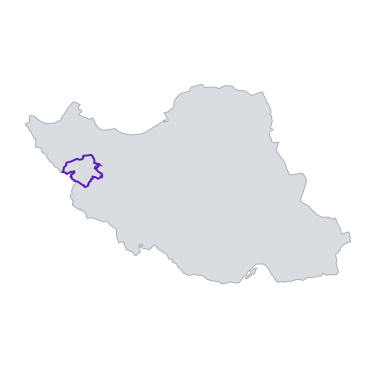 location of Kordestan within Iran, rotated 341°
{"feature_id": "IRN-3241", "entity_name": "Kordestan", "entity_type": "Province", "adm_level": 1, "iso_a3": "IRN", "parent_name": "Iran", "parent_adm1": "", "projection": "natural_earth1", "projection_center": [46.82, 35.623], "detail": "fine", "context": "in_parent", "style": "outline", "palette": "violet", "viewbox_px": 384, "rotation_deg": 341, "n_neighbors": 0, "source": "natural_earth", "source_scale": "10m", "svg_char_len": 5836}
<svg xmlns="http://www.w3.org/2000/svg" viewBox="0 0 384 384"><g transform="rotate(341 192 192)"><path d="M191.3,108.1L195.1,108.3L202.0,106.0L202.6,105.4L204.6,100.7L207.0,98.6L211.1,96.1L213.7,95.3L223.2,95.6L223.9,93.7L225.4,92.7L235.7,93.3L237.3,94.7L238.0,97.4L246.7,99.8L248.4,100.6L250.6,102.6L252.3,103.1L254.5,102.2L255.9,102.9L258.2,102.3L264.9,105.3L265.9,108.3L267.2,109.7L268.7,110.9L274.1,113.2L275.7,114.6L279.8,120.1L290.4,120.0L291.2,121.2L291.2,123.6L292.1,129.3L291.4,131.4L292.9,133.2L292.8,136.8L293.5,139.3L292.4,142.7L291.2,143.4L292.0,146.4L291.0,149.4L291.2,150.5L289.6,153.0L289.6,153.9L286.6,156.2L289.0,159.6L285.6,159.8L283.5,163.5L284.3,167.8L283.8,170.0L284.2,171.2L285.1,172.1L289.8,173.0L289.9,173.5L285.2,179.8L285.5,182.2L289.5,195.0L289.2,201.3L289.9,207.9L301.7,209.8L303.1,211.4L304.1,215.1L304.1,217.8L303.8,219.2L291.2,235.8L298.2,244.1L298.5,246.0L302.8,254.0L306.7,258.2L313.4,260.5L316.5,263.6L319.2,263.4L319.1,267.5L320.4,276.2L319.7,280.1L322.1,280.9L325.6,280.3L326.9,281.1L327.6,282.5L326.8,283.3L327.0,286.7L326.1,287.4L325.8,290.6L320.6,290.7L315.7,292.2L313.9,293.4L313.0,295.6L311.4,295.4L310.9,296.3L307.4,297.9L306.4,304.4L305.1,306.0L304.4,315.4L303.6,315.5L301.9,317.1L291.2,314.0L290.0,311.8L288.9,311.4L287.4,313.5L282.1,312.3L280.2,312.6L279.1,312.0L276.2,311.9L273.9,310.6L268.1,311.7L264.5,309.3L260.7,308.7L256.1,308.7L252.2,307.0L250.3,307.7L249.3,306.4L243.6,305.3L241.7,301.1L241.6,299.0L240.2,295.4L239.6,290.1L238.2,286.3L235.8,283.1L229.2,281.2L225.9,282.2L223.4,284.0L219.3,285.0L216.2,288.6L214.4,288.3L206.9,293.1L205.2,293.0L199.5,289.8L197.0,289.2L191.9,289.3L189.0,287.2L188.3,285.6L181.5,282.2L177.4,279.1L176.1,276.2L174.2,274.1L170.2,272.4L167.9,270.6L161.7,269.9L157.2,265.3L157.2,263.8L154.6,258.8L154.1,255.2L153.5,254.2L151.3,252.7L151.0,251.7L151.4,249.4L148.6,248.0L148.1,246.9L148.2,243.3L141.3,234.7L139.9,230.0L138.7,229.8L132.7,232.9L130.9,231.2L125.6,228.2L124.9,227.0L126.2,226.4L127.5,227.0L128.3,226.3L128.0,225.3L126.7,224.7L124.9,224.7L125.4,225.7L123.7,226.6L123.3,227.8L123.8,231.3L123.1,232.3L120.3,232.9L118.5,234.0L117.0,232.8L116.5,230.2L115.5,228.5L114.0,227.9L112.9,226.3L111.1,225.4L111.0,216.5L106.3,216.3L106.3,209.5L108.4,202.7L103.9,196.7L102.0,192.0L100.8,191.1L98.5,191.3L90.8,185.0L88.1,183.4L84.5,182.9L84.0,180.7L84.9,178.2L83.2,175.1L82.7,174.1L81.2,173.8L81.3,171.7L79.3,171.9L75.6,166.4L74.6,165.6L76.6,161.4L75.2,158.0L76.1,155.2L78.0,155.3L78.5,151.5L81.9,147.5L84.8,145.9L85.1,144.7L84.5,142.5L82.7,139.9L82.9,137.7L83.5,136.6L86.6,135.3L86.8,134.8L85.3,134.0L79.9,134.0L77.0,131.4L74.3,130.7L72.6,124.9L72.2,124.2L70.9,124.0L70.1,122.9L69.6,119.1L67.7,117.4L66.2,111.7L66.1,110.3L66.6,109.0L63.6,106.5L63.2,102.8L63.8,101.9L60.4,99.1L58.9,99.0L58.7,98.5L61.1,92.6L62.0,91.3L60.0,90.4L60.0,87.5L59.4,85.0L59.7,82.7L58.3,81.1L58.0,80.1L58.4,77.5L57.1,76.3L56.4,73.6L61.3,72.8L62.3,68.7L64.1,66.9L67.2,68.9L71.5,75.6L74.1,77.6L76.1,79.9L85.5,82.2L87.5,81.4L90.7,81.6L94.7,77.4L96.6,76.9L101.3,72.8L107.2,69.0L110.2,68.4L114.7,73.2L112.2,74.7L111.7,75.9L112.0,77.0L114.0,78.3L114.3,79.6L113.6,80.3L111.0,81.1L110.3,82.4L113.1,84.6L114.5,86.5L116.0,87.0L118.4,90.0L122.2,89.5L123.0,96.7L125.2,102.6L129.2,105.1L139.6,107.0L140.7,108.2L142.5,111.4L145.2,113.7L153.2,118.3L162.1,120.5L168.0,120.4L189.5,115.1L191.5,115.1L188.3,116.5L189.5,117.0L192.3,117.0L192.9,116.5L193.0,115.6L191.3,108.1ZM227.0,286.0L225.7,288.1L223.7,289.8L222.2,289.3L216.3,291.8L214.7,291.6L214.4,290.8L221.0,287.9L221.3,287.1L220.9,285.6L223.0,286.2L225.3,284.9L227.3,284.6L228.3,285.5L227.0,286.0Z" fill="#d9dde1" stroke="#a8b0b8" stroke-width="1"/><path d="M79.6,134.2L79.3,134.1L79.2,133.9L78.8,133.0L78.2,132.1L77.8,131.7L77.4,131.7L77.2,131.6L76.7,131.1L76.2,130.9L76.6,130.6L77.2,130.1L77.4,129.5L78.2,128.6L78.4,127.8L78.7,127.5L78.8,127.2L79.3,126.8L81.5,126.0L82.2,125.0L82.2,124.2L82.5,123.8L83.7,123.4L87.1,123.8L94.2,123.2L94.4,123.3L94.5,123.5L94.7,123.8L95.0,124.0L95.2,124.3L95.7,124.6L97.2,125.0L98.7,125.2L99.7,124.7L100.3,124.0L100.6,123.6L100.6,123.3L100.5,123.0L100.6,122.7L101.0,122.4L101.3,122.3L101.7,122.7L108.7,124.1L109.1,124.7L109.2,124.8L109.3,125.2L109.4,125.6L109.6,125.9L109.7,126.1L109.5,126.4L109.6,126.8L109.5,127.0L109.6,127.3L109.8,127.3L110.1,128.3L110.1,130.0L109.8,131.2L109.2,131.8L109.0,132.4L109.2,132.9L113.0,135.2L113.3,135.4L113.5,135.9L113.7,136.3L111.6,135.1L111.1,135.3L111.4,136.0L111.8,136.5L111.9,136.9L111.9,137.3L111.0,137.6L110.6,138.0L110.1,138.2L109.7,138.1L109.0,136.7L108.7,136.8L108.0,137.6L107.8,138.0L108.8,139.5L110.3,142.8L110.9,143.6L111.5,144.0L112.3,144.8L112.7,146.4L112.4,147.6L111.9,148.4L111.5,148.8L111.2,148.7L110.7,147.6L110.3,148.1L109.8,148.4L109.0,148.6L108.5,148.9L108.1,148.9L107.5,148.8L105.4,146.4L103.8,145.6L103.3,145.2L102.9,145.1L102.7,145.5L103.0,146.0L102.9,146.5L102.5,147.0L100.5,147.1L100.3,147.4L100.3,148.5L100.0,148.7L99.4,148.7L98.6,148.8L97.7,149.6L97.2,149.8L97.0,150.2L97.0,150.7L96.7,151.0L96.2,151.1L96.0,151.5L95.9,152.1L95.4,152.3L94.4,152.5L93.2,152.3L92.4,152.4L91.9,151.9L91.9,151.2L92.0,150.7L91.9,150.4L91.6,150.4L91.0,150.0L87.7,145.4L85.1,143.3L84.7,143.2L84.8,143.1L84.7,142.6L84.3,142.2L83.6,141.5L82.7,140.1L82.5,139.6L82.5,139.4L82.6,139.2L82.8,139.0L82.8,138.9L82.7,138.8L82.6,138.5L82.5,138.2L83.0,138.3L83.0,138.0L82.9,137.4L82.9,137.1L83.0,136.8L83.1,136.5L83.2,136.3L83.5,136.2L84.5,136.3L84.8,136.2L85.5,135.8L86.0,135.9L86.3,135.8L86.5,135.6L86.7,135.3L87.1,135.1L87.3,134.9L87.5,134.6L87.5,134.3L87.4,134.1L87.2,133.9L86.9,133.9L86.6,134.0L86.4,134.2L86.1,134.3L85.6,134.4L85.3,134.4L85.0,134.3L84.9,134.2L84.7,134.0L84.7,133.7L84.1,133.4L83.9,133.4L83.6,133.5L83.4,133.7L83.1,133.7L82.2,133.7L81.8,133.9L81.6,133.8L81.3,133.8L81.0,134.1L80.7,134.2L80.2,134.1L79.6,134.2Z" fill="none" stroke="#5b21b6" stroke-width="2"/></g></svg>